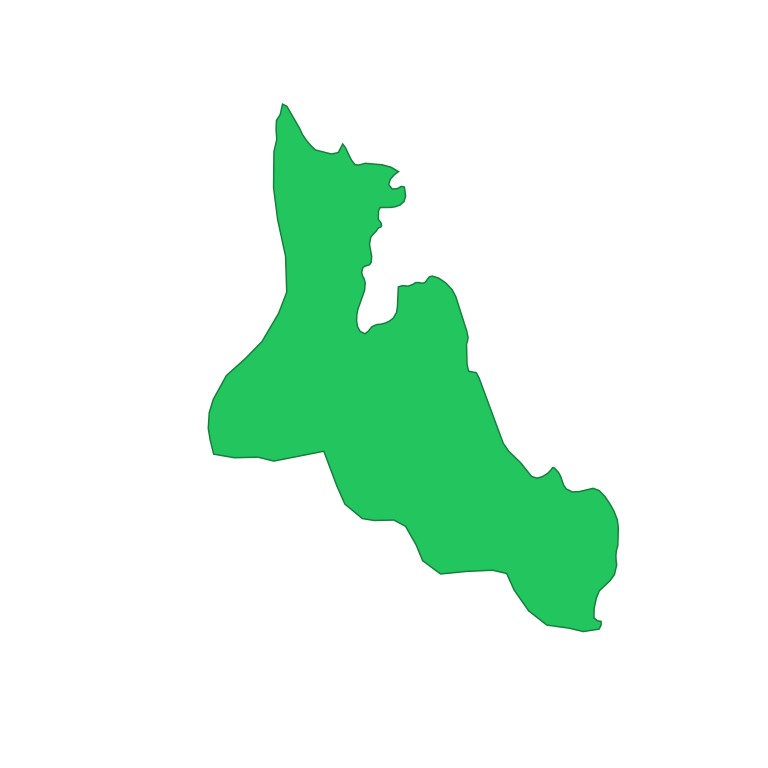 the Prefecture of Mandiana, rotated 343°
{"feature_id": "GIN-5654", "entity_name": "Mandiana", "entity_type": "Prefecture", "adm_level": 1, "iso_a3": "GIN", "parent_name": "Guinea", "parent_adm1": "", "projection": "equal_earth", "projection_center": [-8.495, 10.8], "detail": "fine", "context": "isolated", "style": "filled", "palette": "green", "viewbox_px": 768, "rotation_deg": 343, "n_neighbors": 0, "source": "natural_earth", "source_scale": "10m", "svg_char_len": 2208}
<svg xmlns="http://www.w3.org/2000/svg" viewBox="0 0 768 768"><g transform="rotate(343 384 384)"><path d="M560.3,607.0L557.7,611.0L555.8,615.3L554.5,620.0L553.6,625.1L548.6,633.7L542.6,638.2L529.4,644.8L524.5,650.8L519.2,660.3L516.4,669.1L519.0,672.9L522.2,674.5L521.2,677.9L518.0,681.3L502.2,679.0L489.6,671.6L469.3,662.2L456.0,643.2L448.2,619.0L445.9,601.1L433.4,593.8L408.3,587.4L382.5,582.2L369.3,564.3L367.7,547.5L363.0,526.4L353.7,517.0L334.9,511.7L324.0,506.4L311.5,487.5L309.1,467.5L306.8,430.7L256.1,425.5L242.0,417.1L219.4,410.8L200.6,401.3L201.4,386.6L203.0,375.0L208.5,360.3L216.3,348.7L235.8,329.8L258.5,319.3L279.6,307.8L303.8,285.7L317.8,267.8L327.2,233.2L330.4,195.4L335.8,163.9L346.7,129.6L353.0,118.7L355.2,109.0L358.2,100.5L363.5,96.0L368.8,86.7L372.3,90.0L378.1,115.2L378.9,121.4L381.1,128.5L384.0,135.1L386.9,140.2L401.0,148.7L408.0,149.3L414.7,142.4L416.2,146.7L417.3,154.2L418.4,160.6L420.4,165.7L423.5,167.2L430.7,167.5L446.3,173.8L454.2,178.8L460.0,185.2L455.3,186.8L449.9,190.1L446.8,194.7L448.9,199.9L453.7,201.1L458.4,200.1L461.1,201.6L459.6,210.7L456.6,215.3L451.8,217.5L446.6,217.8L442.0,217.1L431.9,214.1L429.5,216.6L426.8,224.4L427.0,225.7L427.8,227.5L428.3,229.6L427.9,232.1L427.0,232.9L424.4,233.2L423.5,233.6L421.3,235.5L416.0,238.5L414.1,240.0L411.0,246.1L409.5,258.5L407.3,264.0L405.0,265.7L399.7,265.8L397.6,266.8L395.2,271.0L395.1,274.5L395.8,277.8L395.6,281.8L392.8,288.8L380.9,304.9L378.5,309.3L376.4,315.1L375.4,321.3L376.6,326.8L380.6,330.4L384.6,328.8L389.1,325.7L394.3,325.0L398.6,325.9L403.3,326.1L407.9,325.4L412.1,323.7L416.8,319.4L419.4,314.1L426.1,295.3L430.4,295.3L435.6,297.5L440.9,297.2L443.6,296.3L446.0,296.8L450.8,299.1L453.4,298.6L458.4,294.9L461.5,294.8L467.2,298.6L472.6,305.4L476.6,313.4L478.2,321.3L478.6,357.5L478.0,364.0L476.5,367.2L474.6,369.9L469.2,389.3L468.7,396.5L475.5,400.1L476.7,406.3L480.7,475.6L483.6,484.7L491.6,499.2L498.1,515.5L502.8,518.8L508.4,518.9L514.4,517.3L518.4,515.1L520.7,513.3L522.4,514.1L525.0,519.6L525.9,523.9L526.2,533.1L527.6,537.6L532.6,542.3L539.4,544.0L553.5,544.9L558.6,548.8L562.4,556.2L565.1,565.1L566.8,573.1L567.4,582.1L566.0,590.2L560.3,607.0Z" fill="#22c55e" stroke="#15803d" stroke-width="1.5"/></g></svg>